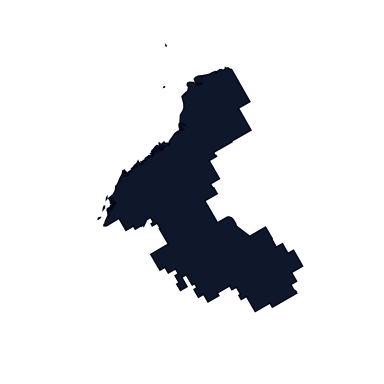 Port Hedland, Western Australia, Australia (orthographic projection), rotated 330°
{"feature_id": "25037944B61185375235969", "entity_name": "Port Hedland", "entity_type": "district", "adm_level": 2, "iso_a3": "AUS", "parent_name": "Australia", "parent_adm1": "Western Australia", "projection": "orthographic", "projection_center": [118.535, -20.793], "detail": "fine", "context": "isolated", "style": "filled", "palette": "ink", "viewbox_px": 384, "rotation_deg": 330, "n_neighbors": 0, "source": "geoboundaries", "source_scale": "gbopen_adm2", "svg_char_len": 6132}
<svg xmlns="http://www.w3.org/2000/svg" viewBox="0 0 384 384"><g transform="rotate(330 192 192)"><path d="M187.0,327.1L204.0,327.1L204.0,331.9L232.2,332.0L232.4,329.9L231.2,327.4L231.3,321.6L237.9,321.6L237.9,311.5L250.7,311.5L250.8,293.2L244.4,293.1L244.5,282.0L237.4,281.9L237.5,272.7L238.1,272.7L238.1,259.2L219.8,259.2L213.3,243.6L213.9,241.5L213.9,236.2L213.2,234.1L211.5,232.0L210.0,232.0L210.0,231.4L198.7,231.4L198.7,206.0L212.9,206.1L213.0,199.3L212.1,199.3L212.1,194.2L222.4,194.2L222.5,173.4L231.0,173.4L231.0,172.3L230.3,172.3L230.3,168.5L251.6,168.6L251.6,167.8L274.0,167.9L274.1,142.6L287.3,142.7L287.5,105.7L285.0,103.3L285.2,102.5L283.5,101.9L283.1,101.1L282.5,102.0L280.0,102.4L278.6,100.6L277.0,99.8L276.1,100.3L273.8,100.2L273.4,100.9L272.6,100.8L272.3,101.3L271.9,101.2L272.6,100.7L273.1,100.7L273.3,100.0L272.5,99.4L268.6,98.7L266.7,99.2L266.9,98.9L261.5,97.6L261.8,97.4L258.2,96.2L258.1,96.9L258.5,96.5L258.9,96.9L257.9,97.0L257.7,95.8L255.6,94.9L252.8,94.6L250.5,95.2L250.1,98.9L251.0,99.6L251.0,100.2L250.1,99.3L250.5,101.2L254.7,102.3L254.9,102.7L254.3,103.0L250.1,102.0L249.1,100.7L249.3,101.7L247.8,97.8L244.8,95.8L242.7,95.5L241.4,96.8L241.3,97.9L242.0,98.1L242.0,98.9L239.3,102.0L237.6,102.9L236.5,102.8L236.4,103.4L234.2,103.8L234.7,103.3L231.1,104.3L229.2,111.3L227.3,114.9L225.3,116.9L220.5,119.6L217.3,124.4L216.6,126.3L216.8,125.8L217.1,127.5L218.5,128.3L217.8,129.5L219.0,130.4L218.0,130.3L217.6,129.5L218.1,128.2L216.9,127.8L215.6,126.3L214.6,126.9L213.8,128.6L214.3,128.9L213.6,129.1L213.2,130.1L214.5,130.9L214.9,130.4L215.1,130.5L214.4,131.0L213.5,130.5L213.0,131.7L214.7,132.6L215.4,133.7L216.6,132.8L216.0,133.8L215.0,133.7L214.4,132.8L212.5,132.1L212.3,133.5L212.3,132.4L210.7,132.7L210.9,133.1L210.6,133.5L209.8,132.4L206.6,132.8L198.1,136.7L196.6,138.0L197.4,137.6L197.8,138.0L196.8,138.4L196.8,139.5L195.4,139.8L196.4,138.6L194.3,138.5L195.6,137.8L192.8,136.3L192.7,134.7L188.1,135.8L187.6,135.3L187.9,133.6L188.3,133.8L188.1,133.3L187.8,133.7L187.2,135.2L187.3,135.8L185.9,135.8L185.5,136.1L185.3,136.7L187.4,138.3L189.0,137.7L191.5,138.9L190.9,139.0L190.0,138.2L189.2,138.5L190.2,139.8L188.9,138.5L186.9,139.0L188.6,140.5L189.7,140.4L188.6,140.8L187.9,140.1L187.8,141.2L187.5,140.1L186.1,139.2L186.5,140.7L185.9,141.5L186.2,140.7L185.7,139.2L185.7,139.9L185.2,140.1L185.5,138.1L184.8,139.4L184.3,139.0L184.0,139.9L183.5,140.6L183.1,140.2L183.2,139.5L184.0,139.6L183.5,138.9L184.3,138.3L183.8,136.8L184.6,137.9L185.0,137.5L184.5,137.0L185.1,137.2L184.3,136.1L184.9,135.0L185.4,135.1L184.9,134.2L184.1,134.2L180.3,135.5L182.6,135.4L183.6,136.4L182.6,136.1L182.5,137.3L181.8,137.4L182.6,138.9L182.1,139.3L182.3,138.5L181.1,138.5L181.4,137.7L180.8,137.6L181.7,137.1L181.4,136.2L178.1,138.1L179.4,138.4L178.1,139.5L178.6,140.2L178.1,140.5L177.9,139.6L178.6,138.4L176.4,138.8L176.0,138.4L176.9,138.1L176.1,137.9L175.2,138.2L175.9,139.5L177.0,139.9L177.0,140.3L176.3,140.8L176.7,139.9L175.0,140.6L172.6,138.9L171.9,139.2L172.0,140.3L171.4,139.8L169.6,140.1L170.8,139.8L170.9,139.3L168.4,139.5L167.5,140.6L167.8,141.9L167.0,142.3L167.6,141.7L166.6,140.5L164.3,140.8L164.0,141.4L164.5,142.1L164.3,142.9L164.3,142.0L163.2,140.8L163.2,142.5L162.6,143.4L162.1,141.7L160.8,142.2L160.5,141.8L161.5,141.3L160.6,139.8L160.7,138.3L158.7,139.6L154.5,140.5L157.4,141.2L157.5,141.3L157.7,142.5L157.3,141.4L156.6,142.3L156.5,141.4L155.5,140.9L153.9,142.7L153.6,141.1L151.1,141.7L150.5,143.0L151.1,143.9L149.6,143.0L149.3,143.5L148.8,143.6L149.2,143.2L148.4,142.8L146.5,143.1L147.5,143.1L146.4,143.4L144.9,145.3L144.4,146.9L144.7,144.8L145.4,143.8L141.1,144.5L141.0,143.6L141.5,142.9L143.1,142.4L144.0,143.2L144.7,142.9L142.7,141.6L144.6,142.3L144.8,142.9L144.6,142.0L143.1,141.4L143.5,141.3L143.1,140.3L142.2,141.3L142.9,141.4L141.8,141.8L141.9,140.8L143.2,140.2L143.8,141.3L144.9,141.9L144.4,140.7L144.5,139.3L142.8,139.1L140.6,141.6L135.1,145.1L134.7,145.8L135.1,146.6L134.4,146.6L134.4,145.9L130.8,148.4L128.6,149.1L127.4,151.3L125.1,153.3L122.3,154.9L118.0,155.7L118.8,155.8L118.6,156.4L119.2,156.6L119.4,157.1L118.4,156.8L117.5,155.6L116.8,155.8L116.9,159.4L116.5,159.5L115.8,161.2L117.0,161.7L117.7,159.4L119.0,158.9L117.9,159.5L118.1,160.0L117.6,160.5L118.8,160.1L117.6,160.8L117.0,162.4L118.1,162.7L118.8,163.6L119.4,163.0L119.1,162.1L120.1,161.8L119.9,161.4L120.0,161.1L120.3,161.8L119.3,162.4L119.6,162.9L119.3,163.6L120.3,163.0L120.5,164.0L120.0,163.3L119.8,163.8L118.8,163.9L118.9,165.3L118.6,163.7L117.3,163.5L117.6,163.8L117.7,164.1L117.4,164.0L117.2,164.9L116.7,165.0L117.1,165.1L116.9,165.9L116.8,165.2L116.1,164.9L117.1,164.7L116.8,163.6L116.0,163.5L116.1,163.1L115.5,162.9L114.5,163.2L113.7,164.6L114.6,164.7L115.0,165.2L114.4,165.0L114.0,165.4L115.7,166.4L114.6,165.9L113.7,167.0L113.3,166.9L114.1,166.0L112.4,165.3L113.0,165.0L112.7,164.4L111.3,164.9L111.9,164.2L110.4,164.2L109.3,165.3L109.2,166.5L110.1,166.9L110.0,167.6L110.8,166.8L111.4,166.6L110.7,167.2L111.3,167.3L112.2,168.0L111.1,167.4L110.8,167.7L108.8,167.7L108.0,169.5L108.5,170.6L108.1,171.1L107.4,170.5L103.1,173.5L101.1,175.3L100.9,176.2L99.7,176.1L98.8,177.2L100.0,178.1L100.8,177.8L101.1,178.5L115.6,178.3L115.6,192.2L124.3,192.2L124.3,195.8L131.0,195.8L131.0,196.3L133.2,196.3L133.2,197.3L139.0,193.3L143.4,193.3L143.4,199.1L140.7,199.1L140.7,201.5L146.3,201.5L146.3,207.5L145.4,207.5L145.5,225.3L125.1,225.4L125.2,243.7L131.0,243.7L131.0,250.3L139.3,250.3L139.3,256.0L135.5,256.0L135.5,264.2L132.7,264.2L132.8,271.5L140.4,271.5L140.4,260.8L145.6,260.8L145.7,272.7L148.5,272.7L148.5,277.4L145.0,277.4L145.0,286.4L150.9,286.4L150.9,295.2L163.4,295.2L163.4,292.1L177.7,292.1L177.7,296.6L182.9,296.6L182.9,305.0L180.9,305.0L180.9,309.7L187.0,309.7L187.0,327.1ZM177.4,136.7L178.6,137.6L180.4,136.3L180.0,135.8L178.0,136.2L177.4,136.7ZM106.5,162.7L108.3,161.9L109.5,160.0L107.4,161.5L106.5,162.7ZM114.3,155.5L115.1,155.2L115.7,154.0L115.2,154.3L114.3,155.5ZM98.8,168.6L99.5,168.3L98.5,167.8L98.3,168.0L98.8,168.6ZM220.1,87.2L221.2,87.5L220.5,86.9L220.1,87.2ZM96.5,168.8L97.3,168.6L98.1,168.1L97.8,168.1L96.5,168.8ZM242.5,52.4L242.9,53.1L242.7,52.0L242.5,52.4Z" fill="#0f172a" stroke="#020617" stroke-width="1.5"/></g></svg>